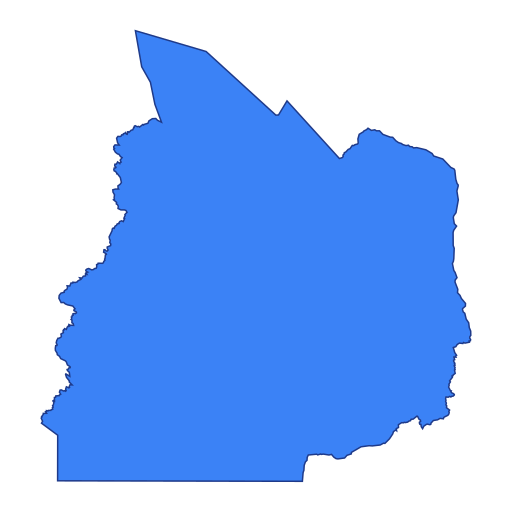 Andalgalá, Catamarca, Argentina
{"feature_id": "61730980B92024748366562", "entity_name": "Andalgalá", "entity_type": "district", "adm_level": 2, "iso_a3": "ARG", "parent_name": "Argentina", "parent_adm1": "Catamarca", "projection": "orthographic", "projection_center": [-66.355, -27.481], "detail": "fine", "context": "isolated", "style": "filled", "palette": "blue", "viewbox_px": 512, "rotation_deg": 0, "n_neighbors": 0, "source": "geoboundaries", "source_scale": "gbopen_adm2", "svg_char_len": 5974}
<svg xmlns="http://www.w3.org/2000/svg" viewBox="0 0 512 512"><path d="M135.4,30.7L141.7,66.8L150.4,82.2L154.9,104.3L161.5,122.2L157.5,120.3L155.8,118.5L152.3,118.7L148.9,120.9L147.9,123.3L144.1,124.4L143.6,125.0L142.8,124.5L139.6,127.0L138.7,126.4L137.2,126.7L135.2,125.7L134.4,126.1L134.0,127.1L134.2,127.6L133.6,127.8L132.8,129.8L131.2,130.2L128.9,132.4L128.3,131.7L127.5,131.8L127.2,134.3L126.4,134.1L125.4,132.6L124.9,133.3L123.4,133.7L123.0,134.8L121.6,134.9L121.2,136.0L120.2,136.5L117.9,136.4L116.6,138.2L117.6,142.8L119.2,145.1L115.0,144.9L113.7,146.6L113.8,147.8L114.5,148.5L113.7,149.2L115.4,152.2L117.5,153.9L119.0,154.3L120.5,156.6L122.1,157.6L120.2,160.1L121.1,162.1L120.1,162.6L119.8,163.6L117.6,161.9L116.4,164.1L114.9,164.2L114.7,165.9L116.0,167.2L115.6,167.9L114.2,168.0L113.8,169.7L114.2,170.9L115.4,171.4L116.7,172.9L116.7,173.8L117.4,173.8L120.3,177.5L121.4,182.5L120.1,184.3L117.9,185.9L118.1,188.1L118.6,189.0L115.2,189.1L112.8,189.8L113.0,192.1L114.5,194.8L114.1,197.8L114.4,199.3L113.5,199.8L116.6,202.4L116.3,203.9L117.5,204.7L118.3,206.2L118.0,208.5L120.9,209.9L124.4,209.9L126.0,210.5L127.0,212.3L124.9,214.5L125.2,215.3L123.9,218.2L124.6,218.6L123.2,221.6L121.7,220.8L119.8,221.5L118.9,222.9L119.1,223.5L117.2,223.9L116.5,225.3L115.0,226.2L114.2,228.4L113.2,228.0L112.3,228.9L112.0,230.9L109.1,236.9L109.6,239.4L110.2,240.1L109.8,242.7L110.8,244.0L110.6,245.6L107.2,247.0L107.2,248.2L108.1,250.0L107.2,251.1L106.4,251.1L104.9,249.7L104.0,249.7L103.6,252.2L106.1,253.7L106.4,254.3L105.4,254.9L105.0,258.6L104.6,259.1L104.9,260.3L103.8,261.4L103.3,262.8L102.5,263.3L98.1,263.2L97.7,264.3L96.6,264.6L96.7,266.9L96.2,268.3L94.3,268.6L93.6,269.5L91.8,269.9L88.7,268.5L87.0,269.0L85.9,269.9L85.8,270.6L86.2,271.3L87.7,272.1L86.1,272.7L86.9,274.3L85.5,273.9L85.5,275.9L83.3,276.2L82.0,278.1L79.7,277.8L80.9,279.4L78.0,280.8L77.3,281.8L75.4,282.5L72.9,282.2L72.8,283.0L71.0,283.0L69.8,286.0L67.1,285.8L67.5,287.3L67.0,289.1L64.7,290.5L64.1,291.3L64.2,292.3L61.0,293.1L59.2,295.4L58.9,298.3L61.1,302.6L63.7,302.5L65.3,303.9L67.7,304.9L72.8,306.0L75.0,308.8L74.1,309.5L73.9,310.6L76.3,311.9L76.5,312.8L75.2,313.7L74.3,313.4L72.9,313.9L73.1,315.2L72.2,315.4L72.0,316.9L71.4,317.0L71.7,319.5L71.3,319.6L72.0,320.3L71.9,322.7L73.2,323.6L73.6,325.4L70.3,325.2L68.9,324.5L68.8,325.0L69.6,326.0L68.9,326.5L68.3,326.0L67.2,327.1L66.4,329.4L64.6,328.6L64.2,329.5L63.6,329.6L63.7,330.3L63.0,330.8L63.4,332.6L60.9,334.1L61.4,336.3L60.9,337.2L59.0,338.3L58.0,338.2L56.7,340.6L56.2,342.8L57.2,344.9L56.9,345.5L55.7,345.6L55.3,348.2L55.4,350.4L57.1,353.2L57.3,354.7L59.5,356.3L60.7,358.6L65.5,360.9L66.4,362.1L67.4,364.9L70.1,366.7L70.2,367.6L69.0,367.8L68.3,369.1L67.1,369.5L67.4,370.5L69.3,372.3L69.8,376.3L65.9,373.9L65.6,374.4L66.5,377.4L69.4,381.0L69.2,381.9L72.1,384.9L70.0,384.8L69.1,386.9L69.5,387.4L68.9,387.9L66.4,386.8L65.6,389.1L66.2,390.7L65.4,391.2L65.1,390.6L63.6,391.0L61.2,389.9L60.1,390.1L59.4,392.2L60.7,394.2L59.4,395.0L59.3,395.6L55.8,395.9L55.6,397.2L54.4,397.5L54.5,401.0L53.5,400.4L52.9,400.9L53.9,402.5L53.3,405.0L52.6,405.5L53.2,407.1L52.4,407.6L52.7,409.3L51.1,409.8L50.8,410.4L48.3,410.4L47.9,411.0L46.4,410.6L46.3,411.6L45.6,411.7L46.6,413.3L43.3,413.4L43.4,414.2L41.6,416.7L41.9,417.0L41.2,418.1L42.6,421.3L41.5,423.2L57.7,435.2L57.6,480.8L302.4,481.3L303.1,472.6L303.9,470.3L304.2,465.3L305.4,461.9L307.0,460.3L307.2,457.4L308.3,455.0L316.7,454.2L317.7,454.9L320.7,454.0L321.2,454.4L323.3,454.1L329.0,455.0L331.5,454.4L333.9,457.2L336.0,458.6L337.9,458.9L344.6,458.0L347.0,455.3L351.3,453.9L351.4,452.4L361.0,446.8L369.1,445.7L372.3,445.9L380.2,445.0L383.5,443.2L384.9,443.4L389.5,438.8L392.7,434.0L393.5,431.6L395.7,430.0L396.6,430.7L396.3,428.6L398.5,427.5L398.4,424.7L401.8,422.6L403.2,422.9L404.2,422.3L405.1,422.6L407.7,422.1L408.9,421.1L410.5,420.7L411.1,419.3L413.2,419.1L417.0,416.1L417.6,416.4L419.0,419.2L420.4,420.1L420.6,421.4L419.4,422.2L419.5,423.5L419.9,424.3L420.9,424.4L421.3,426.8L422.6,428.7L423.8,426.2L426.2,424.5L427.2,424.1L429.9,424.7L430.8,424.3L431.0,423.1L433.4,420.5L437.6,419.8L440.1,418.4L443.4,418.8L443.7,417.6L444.4,417.0L447.9,415.3L448.9,413.9L449.2,412.3L448.8,411.4L449.6,410.1L446.5,407.7L446.7,405.7L445.9,404.8L446.4,403.1L445.6,401.4L446.0,400.2L445.6,399.0L445.8,397.7L446.0,397.0L448.3,397.2L449.5,396.4L450.9,397.0L451.3,396.4L453.2,396.1L454.3,395.0L454.3,394.4L453.3,393.5L451.5,392.7L451.0,391.8L451.3,390.9L450.5,390.8L448.6,387.1L449.2,385.1L448.9,384.2L450.4,381.9L449.6,380.9L452.4,377.3L452.0,376.0L453.0,375.7L453.1,375.0L455.2,373.4L454.5,370.1L455.1,369.7L454.7,368.7L455.1,367.6L454.2,365.8L455.1,365.1L454.4,363.8L454.9,363.3L453.7,361.4L453.6,360.2L454.7,359.7L453.9,357.1L456.0,357.1L455.5,356.1L456.6,355.3L454.7,352.5L453.3,347.5L455.8,346.7L457.2,344.5L459.4,343.1L462.9,343.5L463.5,342.5L465.0,343.1L469.4,342.2L469.1,341.0L470.4,340.8L470.6,339.4L469.7,338.2L469.8,336.7L470.8,335.4L470.7,331.1L469.3,327.7L468.7,322.8L466.2,319.1L464.8,313.3L463.2,311.9L462.5,309.5L462.6,308.6L465.4,306.1L465.5,303.4L461.4,298.5L460.0,295.4L457.5,292.7L457.8,289.3L455.0,282.0L455.2,280.0L457.0,277.7L455.1,272.4L453.8,270.4L452.4,263.5L453.4,261.3L453.8,258.7L454.2,248.3L453.2,245.5L453.1,232.5L453.7,230.3L456.6,226.1L454.3,223.7L453.3,217.6L453.7,215.9L456.0,212.7L458.3,199.9L456.9,191.0L458.2,185.9L458.1,184.8L457.1,183.6L455.8,179.3L454.8,170.3L454.1,169.0L450.8,167.4L442.8,159.0L433.7,156.0L432.1,153.5L425.9,149.8L416.7,147.6L413.5,147.9L412.2,146.8L409.6,146.5L408.5,145.2L406.0,145.6L402.4,144.4L401.7,143.6L398.5,142.6L395.9,140.8L392.7,137.3L390.2,137.1L382.9,134.4L379.5,130.8L376.4,130.8L374.8,129.8L371.4,130.4L368.0,128.2L366.6,129.6L363.8,131.0L363.3,131.8L359.2,134.3L357.9,138.9L358.2,143.0L357.6,144.0L355.1,144.6L353.6,145.6L352.3,145.4L350.0,148.7L348.2,149.4L345.8,152.0L344.3,152.7L344.1,153.9L343.0,155.1L343.1,156.7L342.3,157.6L339.4,158.5L287.0,100.9L278.5,115.0L275.8,115.1L206.1,51.5L135.4,30.7Z" fill="#3b82f6" stroke="#1e3a8a" stroke-width="1.5"/></svg>